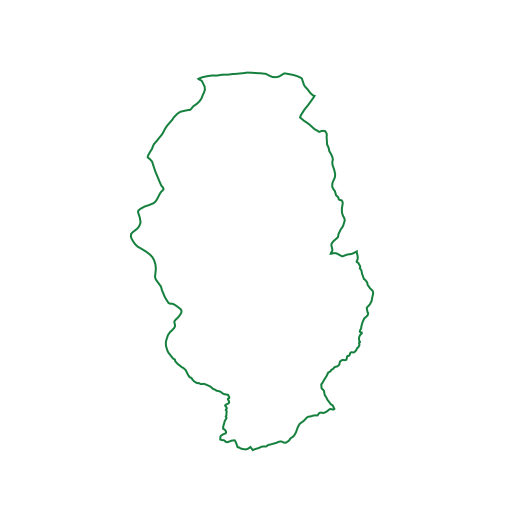 Monguì, Boyacá, Colombia, rotated 210°
{"feature_id": "7082276B75915800684319", "entity_name": "Monguì", "entity_type": "district", "adm_level": 2, "iso_a3": "COL", "parent_name": "Colombia", "parent_adm1": "Boyacá", "projection": "mercator", "projection_center": [-72.845, 5.698], "detail": "fine", "context": "isolated", "style": "outline", "palette": "green", "viewbox_px": 512, "rotation_deg": 210, "n_neighbors": 0, "source": "geoboundaries", "source_scale": "gbopen_adm2", "svg_char_len": 6120}
<svg xmlns="http://www.w3.org/2000/svg" viewBox="0 0 512 512"><g transform="rotate(210 256 256)"><path d="M283.7,128.6L277.1,125.9L276.1,125.7L274.7,125.8L274.2,125.5L273.7,124.8L273.0,124.4L270.4,123.5L264.7,122.6L262.8,122.7L259.8,122.0L254.5,118.5L253.5,118.3L252.9,117.8L252.4,117.8L251.8,118.1L250.8,118.0L250.4,117.9L249.5,117.3L246.9,116.5L243.5,116.4L241.9,117.4L240.1,117.4L239.3,117.7L237.3,119.2L236.1,119.5L231.0,120.1L229.3,120.0L226.9,119.4L224.4,119.8L223.0,119.6L220.2,120.5L218.6,120.7L216.3,120.3L214.7,120.4L212.9,121.0L210.9,121.8L210.6,121.8L209.9,121.1L208.8,120.7L208.5,120.2L208.2,119.3L208.8,118.6L208.9,118.1L208.4,117.6L206.9,116.8L206.1,115.9L206.0,115.3L206.1,114.6L206.8,113.7L207.6,112.3L207.9,112.0L207.9,111.0L207.6,110.8L205.9,110.2L205.2,109.6L205.0,108.8L205.3,107.9L205.2,107.7L205.0,107.4L203.9,107.0L203.5,106.4L202.6,104.2L201.8,102.9L202.0,102.1L201.9,101.8L200.9,101.3L200.6,101.0L200.4,100.5L200.6,98.7L200.4,96.6L199.8,95.1L199.7,93.9L198.7,90.9L198.3,90.3L197.7,89.8L196.9,90.0L195.8,89.9L194.2,88.9L193.6,88.1L193.7,87.1L195.2,85.3L196.4,83.0L196.5,82.0L196.3,81.3L195.2,79.2L193.6,79.5L192.1,80.2L191.2,80.4L190.6,80.4L189.6,79.9L187.9,80.3L187.6,80.5L184.7,84.0L182.4,85.7L181.6,85.4L180.2,84.5L177.4,82.2L176.8,81.5L176.2,81.2L174.8,81.8L173.2,81.6L170.7,82.3L168.3,83.3L167.5,84.0L166.4,85.4L165.3,87.8L161.7,86.3L160.6,87.9L157.6,91.1L156.0,93.4L154.5,94.7L152.3,95.9L151.9,96.2L150.9,98.5L149.0,100.2L145.0,104.3L143.5,106.4L141.9,107.8L141.3,108.0L139.9,108.3L139.1,108.3L138.4,108.4L136.8,109.2L135.3,112.2L135.1,112.8L134.9,115.5L133.6,118.0L133.3,119.1L133.2,120.3L133.2,123.0L134.2,128.8L134.3,132.0L134.0,133.2L132.3,136.8L131.1,141.8L130.4,142.9L128.6,144.3L126.7,146.3L125.3,147.5L123.2,148.5L122.9,149.4L122.8,151.2L122.2,152.3L121.1,153.0L119.2,153.7L118.3,154.7L117.1,156.4L115.8,159.7L115.2,160.6L114.6,160.9L112.5,161.5L112.1,161.8L111.7,162.8L115.0,165.0L117.2,165.0L118.8,165.8L122.3,167.2L124.6,168.8L126.9,169.9L129.7,173.1L131.1,173.8L132.3,173.9L133.2,174.4L135.2,177.3L135.3,177.7L135.0,178.8L135.1,182.6L134.9,186.3L134.9,188.9L135.2,190.2L135.2,191.0L133.8,193.5L133.9,194.3L133.8,195.0L132.9,196.6L132.6,197.4L132.6,198.4L131.7,199.9L130.5,200.9L129.7,202.8L129.6,203.8L130.4,206.0L130.4,206.8L129.5,208.8L128.9,209.4L127.9,209.7L126.6,210.5L125.9,211.3L126.1,212.5L126.8,214.1L126.8,214.9L126.5,215.5L125.9,215.7L125.5,216.4L125.4,217.3L125.8,218.5L125.8,219.6L125.2,220.4L123.3,221.2L122.7,222.0L122.1,224.3L122.3,226.8L121.8,228.1L121.8,229.6L121.9,230.6L123.2,232.1L123.3,232.8L122.9,233.2L123.1,233.7L124.1,234.1L124.7,234.8L125.6,236.1L126.1,237.3L126.3,238.7L126.3,239.8L125.7,241.8L125.9,242.2L126.2,242.6L127.3,242.1L128.0,242.2L128.4,242.6L128.7,243.5L128.7,245.5L128.9,246.3L129.4,247.2L130.6,251.7L131.0,255.7L131.0,256.4L130.2,258.4L129.7,260.5L130.0,261.8L130.4,262.7L131.3,263.1L134.1,266.3L134.1,267.2L133.3,270.4L133.2,272.2L133.4,273.7L133.3,274.6L134.8,278.8L135.7,281.9L136.5,283.1L137.4,284.0L138.3,284.4L140.8,284.9L143.7,286.3L144.3,286.5L145.1,287.0L146.5,288.7L148.9,289.7L150.1,290.0L151.0,290.0L155.2,293.6L157.7,296.4L159.9,297.2L160.2,298.6L160.7,299.2L164.0,301.2L165.8,301.2L166.1,301.7L166.4,303.9L166.9,305.3L168.6,307.5L170.6,309.5L171.0,310.3L171.5,309.6L172.3,308.2L174.2,305.6L177.7,302.9L180.9,299.0L181.3,298.8L182.6,298.7L186.9,298.6L188.0,298.4L189.2,297.9L190.6,296.9L192.4,295.3L192.7,296.4L192.4,297.4L192.5,298.3L192.9,299.6L195.8,302.6L196.3,303.4L196.7,304.5L196.4,307.3L194.5,313.0L194.5,313.4L195.0,315.0L195.4,315.8L195.6,317.2L195.9,321.4L195.6,324.5L195.8,326.5L197.0,331.4L198.7,333.1L200.5,334.1L202.4,335.7L203.9,337.5L205.5,340.4L207.1,344.6L207.8,345.8L208.6,346.5L209.7,347.0L211.9,346.3L212.8,346.6L214.2,348.0L216.9,348.6L217.7,349.2L218.3,349.9L220.1,351.6L222.3,352.5L224.3,353.8L225.2,355.1L226.1,357.0L226.5,358.3L226.7,361.1L227.1,363.8L228.4,366.5L231.5,369.9L234.7,372.6L235.8,373.8L236.9,375.5L237.6,377.8L238.6,379.1L240.4,380.7L242.5,382.1L244.9,383.4L247.1,385.9L249.1,387.4L250.1,388.0L254.5,394.6L255.1,396.1L256.0,397.2L257.1,398.0L258.5,398.7L260.3,398.0L261.8,397.0L263.1,395.2L263.4,395.1L265.6,395.2L268.7,395.1L275.6,396.6L279.1,397.0L282.2,397.1L285.1,397.7L286.4,397.8L287.1,398.0L287.2,398.4L287.5,400.1L287.3,406.2L287.0,408.9L286.7,410.3L286.3,413.0L285.4,422.0L285.4,423.9L286.2,423.7L287.3,423.6L290.7,424.4L294.1,425.9L298.7,427.4L300.3,428.4L304.9,432.5L305.9,432.8L307.1,432.7L310.0,432.4L314.0,431.5L321.5,428.9L322.5,428.4L323.1,427.9L325.1,424.1L325.8,423.0L327.2,421.6L328.7,420.5L331.2,419.3L332.2,419.1L335.4,418.8L338.4,418.7L339.2,418.4L340.9,417.6L343.1,416.7L346.9,414.7L352.5,412.0L355.5,410.3L358.4,408.0L365.0,403.3L367.3,401.9L370.4,399.4L375.9,396.1L380.5,392.4L383.6,390.8L384.9,389.9L388.2,387.3L391.9,383.9L393.5,382.0L394.4,380.6L392.8,380.5L391.7,380.6L390.2,380.4L385.3,377.1L383.6,374.8L383.2,373.7L382.7,370.9L382.6,368.8L382.0,365.4L382.1,363.8L382.3,361.7L383.4,358.0L385.2,354.2L385.8,350.5L386.4,349.3L387.7,348.5L390.2,346.3L393.5,343.2L394.5,341.5L395.3,339.6L396.5,334.9L396.6,332.4L398.1,324.6L398.4,320.9L398.1,316.0L398.3,313.4L398.9,310.1L399.3,307.0L400.3,301.9L400.2,300.2L399.6,296.3L399.8,293.5L399.7,288.8L399.2,287.4L398.3,287.1L396.5,286.9L393.2,285.8L386.0,279.3L376.9,272.3L373.5,269.8L370.7,268.7L369.5,267.7L369.6,266.1L370.2,264.4L370.4,262.2L370.1,255.9L370.2,253.8L370.5,252.1L371.2,250.4L374.2,246.5L377.0,243.4L379.5,239.4L380.6,236.6L380.2,235.1L375.6,230.9L372.7,227.3L372.2,224.4L372.1,222.9L372.5,220.3L374.5,215.4L375.2,212.7L374.1,210.3L372.4,208.8L369.5,207.1L366.9,205.9L363.1,204.9L359.4,205.0L352.8,204.8L348.5,204.2L345.2,203.2L342.0,201.3L338.8,198.3L336.3,194.8L333.0,187.4L331.1,185.6L323.0,182.0L320.5,179.5L314.6,175.0L312.6,173.8L308.3,171.6L306.6,171.7L305.5,172.4L303.8,173.0L301.9,173.1L298.3,172.8L294.4,172.2L292.9,171.0L292.3,169.3L292.4,166.2L292.8,163.8L293.7,160.8L294.0,158.9L293.7,157.9L291.6,155.7L290.9,154.1L290.9,152.6L291.7,149.3L292.4,147.2L292.7,143.6L291.7,138.6L290.9,136.1L289.0,133.1L285.7,130.0L283.7,128.6Z" fill="none" stroke="#15803d" stroke-width="2"/></g></svg>